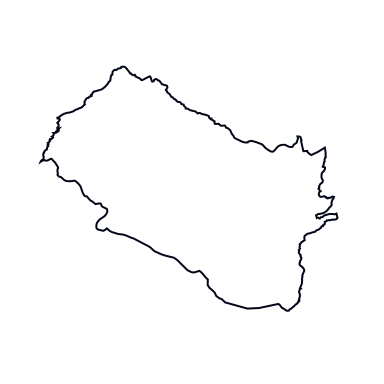 the district of Sigsig, Azuay, Ecuador, rotated 76°
{"feature_id": "8360857B4650736479610", "entity_name": "Sigsig", "entity_type": "district", "adm_level": 2, "iso_a3": "ECU", "parent_name": "Ecuador", "parent_adm1": "Azuay", "projection": "natural_earth1", "projection_center": [-78.88, -3.133], "detail": "fine", "context": "isolated", "style": "outline", "palette": "ink", "viewbox_px": 384, "rotation_deg": 76, "n_neighbors": 0, "source": "geoboundaries", "source_scale": "gbopen_adm2", "svg_char_len": 5919}
<svg xmlns="http://www.w3.org/2000/svg" viewBox="0 0 384 384"><g transform="rotate(76 192 192)"><path d="M252.4,57.1L247.9,57.1L248.2,58.8L247.3,61.1L246.6,64.1L246.7,68.5L246.8,69.5L247.9,71.3L247.7,73.2L248.7,74.5L247.4,75.8L247.2,76.4L247.4,77.2L244.6,77.2L244.7,76.5L244.0,75.6L243.9,74.5L244.2,73.7L244.2,69.6L243.6,67.3L242.3,64.8L240.6,62.8L239.0,60.1L238.1,59.5L237.2,59.6L234.8,58.5L232.9,57.2L232.5,56.3L231.0,55.5L230.4,56.8L231.1,59.6L230.6,61.2L231.1,61.8L230.2,62.7L230.0,63.4L229.7,63.6L229.1,63.3L228.1,64.7L228.1,67.2L227.7,68.6L226.8,69.3L225.6,69.6L224.7,69.5L222.9,68.5L222.3,67.1L222.0,67.5L220.5,67.9L219.5,68.5L218.7,67.4L217.5,67.5L215.3,65.6L214.2,63.1L212.5,62.2L211.6,62.3L210.6,62.8L208.7,62.7L207.0,62.3L204.9,61.3L204.0,59.9L203.8,59.2L201.6,57.2L200.3,57.0L199.1,59.0L197.2,57.5L196.4,57.4L195.4,56.6L195.0,56.7L194.1,55.8L192.8,55.6L191.2,54.8L190.6,53.7L189.9,53.8L186.0,52.8L181.1,52.4L183.5,60.0L185.0,67.2L183.7,68.6L181.8,69.9L181.0,70.3L180.0,70.3L179.4,73.9L179.1,74.1L168.8,73.8L168.3,73.2L166.3,73.5L165.3,73.3L164.4,74.0L163.9,75.1L163.6,76.2L165.9,76.3L168.9,78.2L169.7,79.0L170.7,81.9L171.7,82.6L172.5,83.7L172.2,85.6L171.4,87.2L168.8,90.2L168.1,92.8L168.0,94.2L168.2,96.1L168.5,97.2L169.3,98.7L171.4,101.5L172.4,103.4L172.4,103.9L171.5,106.2L167.3,109.9L162.8,112.4L159.5,117.1L156.7,121.9L156.7,125.1L157.0,126.0L157.3,126.0L157.3,126.4L156.8,128.5L155.5,131.0L150.2,137.3L149.0,138.0L148.1,138.0L145.1,139.3L141.2,140.0L138.7,141.9L137.7,143.5L136.2,143.6L135.4,144.2L134.8,147.7L134.0,148.6L132.5,149.3L132.2,149.7L132.2,150.5L131.4,153.3L130.6,153.5L128.9,153.0L128.3,153.9L127.2,154.5L126.5,155.5L125.5,155.4L125.6,156.5L124.5,156.8L123.9,157.5L123.1,157.3L122.3,157.4L121.2,158.8L120.7,160.0L120.0,160.6L119.0,163.1L117.2,165.3L117.0,165.7L117.2,167.5L114.8,169.0L112.3,173.8L110.1,176.1L109.5,177.9L108.3,177.8L106.7,178.9L105.1,179.0L104.1,181.0L103.0,181.1L102.0,181.9L101.6,182.5L101.3,183.6L100.1,184.9L98.9,185.2L98.4,185.9L97.5,186.3L97.1,187.2L95.7,187.7L94.6,189.1L91.6,190.0L89.3,191.9L87.7,192.0L87.1,192.6L86.7,192.7L84.7,190.6L83.1,190.5L82.6,190.9L80.2,195.0L76.1,196.8L75.4,198.1L74.2,198.7L73.6,200.0L73.9,201.4L75.2,202.3L75.4,203.2L75.0,204.1L70.1,204.5L69.5,205.1L71.2,212.4L71.4,213.2L71.2,213.9L68.6,215.7L68.3,216.4L66.2,218.9L65.3,218.7L64.5,219.0L64.5,220.6L63.3,222.2L62.3,222.4L61.9,223.4L59.9,224.0L55.2,226.3L54.2,227.2L53.8,228.1L53.5,230.3L54.3,230.7L54.5,231.3L54.4,233.9L55.3,235.8L54.8,237.2L55.0,238.3L56.2,240.0L58.8,240.9L59.0,241.1L58.9,241.7L60.0,242.7L64.3,244.4L64.9,246.1L66.1,247.0L67.6,248.9L69.1,251.3L70.6,254.8L70.9,261.7L70.7,262.8L71.9,264.6L73.3,265.5L73.4,266.3L74.1,266.2L73.9,266.8L74.6,266.9L74.8,267.8L74.7,268.5L75.7,269.9L75.4,270.6L75.6,271.6L78.2,274.4L79.2,274.4L79.6,274.9L81.2,274.8L81.5,275.8L82.9,277.8L83.3,279.2L83.6,282.2L84.0,282.6L83.9,284.5L84.2,285.1L84.3,286.1L84.9,287.0L85.3,291.3L84.9,294.8L85.2,295.9L85.1,297.3L86.0,300.4L86.4,300.8L86.4,301.5L87.2,302.7L87.4,304.7L88.3,304.6L88.6,303.0L89.6,302.7L90.7,303.5L92.3,305.9L93.0,305.3L93.6,305.5L94.3,305.2L95.5,305.3L96.5,306.3L96.8,307.0L97.3,307.3L98.0,306.5L98.0,305.2L98.8,306.2L98.9,307.1L99.6,308.1L100.0,306.5L100.3,306.5L100.5,307.2L100.9,307.6L100.7,308.3L101.3,308.6L101.5,309.4L101.2,310.1L101.6,310.7L101.2,312.2L101.9,311.9L102.9,312.3L104.0,313.4L104.3,314.5L105.0,313.7L105.5,313.6L105.8,314.5L106.4,315.0L106.6,315.9L106.3,316.9L106.9,317.0L106.9,317.5L107.4,317.7L107.6,317.1L107.9,317.2L109.1,318.6L109.5,320.1L110.4,319.6L111.1,319.7L111.5,320.7L112.1,320.4L112.9,320.5L113.0,321.3L114.7,322.3L115.5,322.4L115.6,323.3L116.1,323.8L116.4,324.9L117.4,325.6L117.7,326.2L118.5,326.3L118.7,326.9L120.6,327.6L122.0,327.3L123.8,328.1L125.3,331.0L126.1,331.6L125.5,330.1L125.4,327.4L126.3,326.0L126.5,324.5L125.7,321.6L125.8,320.3L130.6,317.6L135.6,316.0L136.2,316.0L137.6,317.0L139.0,317.5L141.8,317.7L142.8,318.4L143.9,317.9L145.2,316.9L146.0,315.4L149.7,312.9L151.1,310.9L152.1,307.6L152.6,303.2L153.6,302.1L156.6,300.1L158.8,299.1L160.4,298.7L166.5,298.2L169.7,297.2L170.3,296.5L170.8,295.1L175.4,292.8L177.0,291.1L180.4,288.5L180.6,285.0L181.0,283.7L181.5,283.3L183.7,283.0L184.6,282.5L187.7,278.8L188.9,278.6L191.0,279.1L193.0,280.9L194.3,282.7L196.4,288.4L198.3,291.0L199.6,292.1L200.8,292.7L203.2,293.4L204.5,293.2L205.2,292.7L206.1,291.5L208.2,287.5L207.7,285.4L206.7,283.5L209.8,281.3L211.5,279.4L214.9,273.8L216.7,269.0L218.5,266.1L221.7,262.0L222.8,260.1L234.4,247.0L235.6,245.9L240.2,242.9L244.9,237.0L247.2,233.4L251.4,225.4L254.4,222.8L266.8,215.3L269.7,211.8L270.6,209.5L270.3,203.9L272.6,202.1L278.6,199.2L280.8,197.8L286.0,199.3L289.1,198.3L293.2,195.4L295.4,194.2L298.6,193.7L301.6,191.3L303.2,189.0L307.1,186.6L318.5,166.5L320.8,155.1L321.5,135.3L322.9,134.1L325.9,132.9L328.0,130.7L329.3,129.8L330.3,128.4L330.5,126.4L329.5,125.7L329.1,123.7L327.8,121.6L327.6,120.7L326.2,118.8L326.0,117.5L325.3,116.5L325.0,116.5L324.4,115.2L323.9,115.2L323.9,114.6L323.5,114.2L323.0,114.4L322.9,114.0L321.6,114.0L321.5,113.7L321.1,113.6L319.3,112.5L317.0,112.1L315.1,112.4L313.9,111.9L313.1,111.2L311.8,110.7L311.9,109.9L311.4,110.2L311.0,110.1L307.4,107.5L305.5,107.0L304.6,106.5L302.8,106.3L301.4,105.5L300.8,105.5L300.2,105.1L299.5,105.1L295.4,102.0L293.4,102.2L290.9,103.5L290.3,104.2L288.6,105.2L286.8,104.8L286.6,104.4L286.0,104.1L285.0,103.9L284.1,102.6L282.7,101.8L281.3,102.3L280.7,101.9L280.0,102.2L279.2,101.9L278.8,102.3L276.7,103.1L274.8,102.1L274.1,102.4L273.0,100.9L271.7,101.0L270.2,100.2L269.1,100.4L268.4,99.7L268.1,98.7L267.1,98.0L267.0,96.9L266.5,96.0L266.1,94.4L263.1,94.0L261.9,93.3L260.4,90.0L260.6,87.8L260.3,85.2L260.4,82.4L259.3,80.6L259.3,79.0L259.0,78.0L258.3,76.7L258.2,75.9L256.7,74.7L256.8,73.1L255.5,72.5L255.5,71.2L254.2,70.5L253.1,70.4L252.7,68.6L252.1,67.9L252.5,67.3L252.4,65.9L252.8,65.1L252.7,63.1L253.3,60.4L253.3,58.5L252.4,57.1Z" fill="none" stroke="#020617" stroke-width="2"/></g></svg>